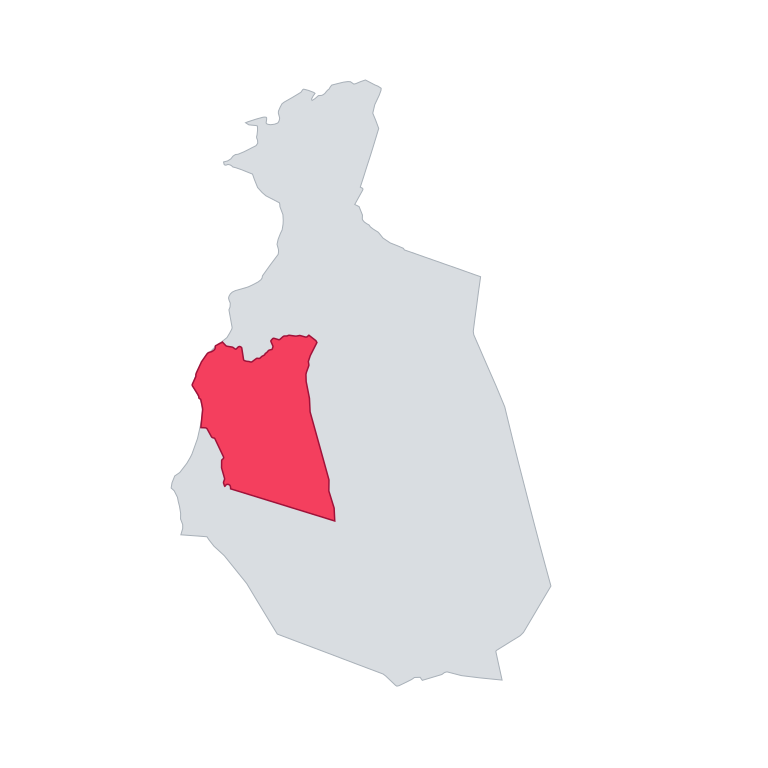 Zinder on a map of Niger (orthographic projection), rotated 108°
{"feature_id": "NER-92", "entity_name": "Zinder", "entity_type": "Department", "adm_level": 1, "iso_a3": "NER", "parent_name": "Niger", "parent_adm1": "", "projection": "orthographic", "projection_center": [9.186, 15.151], "detail": "fine", "context": "in_parent", "style": "filled", "palette": "rose", "viewbox_px": 768, "rotation_deg": 108, "n_neighbors": 0, "source": "natural_earth", "source_scale": "10m", "svg_char_len": 5645}
<svg xmlns="http://www.w3.org/2000/svg" viewBox="0 0 768 768"><g transform="rotate(108 384 384)"><path d="M590.2,530.6L583.6,530.8L579.9,532.0L575.2,535.8L569.9,537.4L563.5,540.7L559.4,543.3L555.6,545.4L550.4,550.5L548.7,554.3L543.4,555.1L536.1,554.6L531.3,550.9L520.4,547.0L513.4,545.5L510.1,545.0L493.5,544.5L475.8,546.2L466.8,548.1L465.1,548.5L460.0,550.9L455.8,553.6L444.3,565.9L429.0,565.5L420.1,564.1L412.5,562.2L401.7,556.5L388.4,547.7L383.3,546.5L378.8,545.7L377.2,545.9L361.4,554.4L358.3,554.2L354.6,555.2L352.1,557.3L350.3,558.4L348.4,558.5L345.9,558.0L343.5,556.7L341.1,554.2L334.6,544.5L333.3,542.8L330.6,539.9L325.9,535.3L322.8,533.2L320.9,532.7L318.6,533.0L306.0,529.0L293.4,524.7L290.6,525.2L288.6,526.0L284.2,528.9L279.0,529.4L272.5,529.0L268.9,528.5L263.1,529.4L259.2,530.5L254.1,532.5L247.5,537.8L245.6,538.5L244.0,539.4L241.5,554.5L239.6,559.0L236.2,564.9L229.5,570.5L225.0,573.9L224.7,578.6L224.2,586.2L224.1,591.5L224.3,594.9L223.5,596.5L223.2,598.0L223.4,600.3L224.4,601.4L225.0,602.8L224.6,603.9L222.4,605.2L220.2,601.7L217.2,599.2L213.9,598.0L211.7,596.2L210.6,593.8L206.4,588.9L196.7,579.2L195.7,579.0L194.0,578.5L191.2,579.6L189.4,581.1L188.2,581.6L186.4,581.7L181.6,582.7L177.8,584.1L177.7,585.4L179.3,592.6L178.3,596.4L176.7,594.5L171.4,587.2L167.8,581.7L167.2,580.5L166.7,578.7L167.1,577.9L168.6,577.4L172.1,576.8L172.7,576.2L172.9,574.8L172.5,572.1L170.7,568.3L168.7,565.8L167.6,565.3L165.6,565.1L163.3,565.4L159.0,568.2L157.1,568.7L152.8,568.3L149.0,567.6L146.7,566.0L139.9,559.8L132.3,553.2L129.1,552.2L128.4,551.5L128.1,546.7L128.4,540.9L128.9,539.4L132.0,540.4L135.4,541.0L136.6,540.0L133.9,537.8L130.0,535.5L128.7,532.3L127.6,531.2L125.9,530.0L123.9,529.3L121.9,528.4L120.5,527.4L118.2,526.9L115.9,526.1L112.6,520.9L109.4,515.7L107.5,511.7L106.9,509.3L108.1,505.4L107.1,503.7L103.5,499.5L100.6,495.6L101.6,489.7L102.4,484.9L102.6,481.8L103.1,480.0L103.6,478.1L105.7,477.6L111.0,477.8L121.2,479.1L129.5,478.4L130.0,478.3L136.0,473.2L142.6,468.0L152.3,467.8L162.8,467.6L171.1,467.5L183.1,467.5L192.8,467.4L204.1,467.4L204.5,464.8L205.2,464.2L206.3,464.2L214.5,465.8L222.3,467.3L223.0,462.5L230.0,456.7L233.9,455.6L234.9,454.6L236.1,452.6L237.0,449.5L237.4,447.3L238.8,445.5L240.0,442.1L241.5,436.2L245.5,430.1L247.9,421.7L248.4,413.5L249.0,407.4L250.2,406.1L250.4,395.1L250.7,384.1L250.9,374.7L251.2,363.1L251.4,352.9L251.7,341.8L252.0,331.9L252.1,325.3L259.9,323.9L267.9,322.5L279.7,320.3L292.5,318.0L306.3,315.4L309.5,313.8L320.1,304.4L324.9,300.2L334.4,291.8L341.7,285.3L350.9,277.1L360.7,268.7L368.4,262.1L380.6,254.6L398.9,243.3L417.1,231.9L435.2,220.4L453.2,209.0L471.2,197.5L489.1,186.0L506.9,174.4L524.6,162.8L542.7,166.9L559.9,170.7L577.2,174.6L581.3,176.7L590.7,184.7L602.7,194.8L603.2,194.9L603.8,195.0L614.8,188.6L629.1,180.2L633.8,201.7L637.4,220.2L638.1,232.0L638.3,235.1L639.6,237.2L642.4,239.2L654.0,256.0L651.8,259.0L653.7,264.3L656.6,266.5L666.2,276.4L667.4,278.4L667.0,280.0L661.1,292.3L660.1,295.3L659.4,310.6L658.9,321.5L658.2,336.4L657.3,354.3L656.6,369.4L655.7,389.3L654.8,408.2L645.7,418.8L629.5,437.6L616.2,452.9L609.6,463.0L596.6,482.9L590.8,495.6L586.3,502.3L584.0,505.2L586.2,514.4L590.2,530.6Z" fill="#d9dde1" stroke="#a8b0b8" stroke-width="1"/><path d="M482.1,544.7L464.3,548.6L462.7,549.3L455.8,553.2L455.1,553.8L455.0,554.2L454.8,555.1L454.7,555.5L454.4,555.8L454.2,555.9L453.7,556.0L453.0,556.4L451.7,557.6L445.4,565.1L445.2,565.4L444.8,565.8L444.4,566.0L444.1,566.2L443.3,566.2L435.5,565.3L434.9,565.3L432.9,565.9L431.5,565.9L420.8,564.6L419.5,564.5L409.9,561.6L408.5,560.8L407.9,560.0L406.8,558.3L406.1,557.5L404.5,556.3L403.6,555.8L402.6,555.6L402.2,555.6L401.3,555.7L400.9,555.9L400.5,556.1L400.3,556.2L400.2,556.2L399.8,556.0L399.5,555.9L395.9,552.5L395.0,551.4L394.5,550.9L394.0,550.7L396.4,546.3L396.6,545.7L396.6,545.1L395.8,539.8L395.8,539.2L396.7,536.3L396.7,535.7L396.3,535.4L395.7,535.0L394.5,534.5L393.9,534.1L393.4,533.7L393.0,533.1L392.9,532.7L392.9,532.3L392.9,531.8L393.0,531.6L393.2,531.1L393.3,530.9L393.4,530.7L393.5,530.6L393.7,530.4L404.2,525.1L404.6,524.8L404.8,524.2L404.9,523.6L404.9,522.3L404.7,521.0L404.5,520.2L404.4,519.8L404.3,519.3L404.3,518.1L404.3,517.5L404.1,516.9L403.5,516.3L399.0,513.1L398.8,512.7L398.7,512.5L398.4,511.1L398.3,510.8L398.2,510.5L398.0,510.2L397.6,509.9L397.2,509.6L395.7,508.9L393.7,507.0L393.2,506.6L392.7,506.4L392.0,506.4L391.8,506.4L391.6,506.3L390.4,505.3L389.7,505.0L389.3,504.8L387.8,504.2L387.5,503.9L387.0,503.3L385.8,501.3L385.6,501.2L385.3,501.1L383.3,501.1L382.6,501.2L382.1,501.5L378.7,504.5L378.1,504.9L377.7,504.9L377.1,504.7L375.3,503.9L374.8,503.5L374.6,503.0L374.5,502.5L374.4,497.8L374.2,497.3L373.9,496.9L373.4,496.6L370.3,494.8L369.7,494.3L369.2,493.8L368.4,491.4L368.1,490.8L367.4,490.1L367.1,489.6L366.9,489.1L365.8,482.9L365.3,481.7L363.9,479.2L363.8,478.4L363.6,473.1L363.1,471.9L360.8,470.5L363.8,462.2L365.3,460.6L379.8,462.9L386.0,462.9L388.9,461.4L389.6,461.2L390.3,461.2L396.9,461.4L399.0,461.2L405.7,458.8L420.6,450.5L433.3,445.7L492.2,406.7L502.8,403.4L517.4,393.1L529.5,388.5L531.1,497.5L530.4,497.7L529.3,498.2L528.4,498.8L528.0,499.2L527.8,499.6L527.7,500.1L527.6,501.0L527.7,501.5L527.9,502.1L528.1,502.5L528.4,502.8L528.8,503.1L530.3,503.6L530.5,503.8L530.2,504.2L527.8,506.0L527.3,506.2L526.8,506.3L523.8,506.2L523.5,506.3L523.0,506.5L513.9,512.6L507.2,514.7L506.8,514.8L506.5,514.8L506.0,514.6L504.6,513.8L504.0,513.7L503.6,513.7L502.8,514.2L488.1,528.1L487.9,528.4L487.9,528.8L488.0,529.5L488.0,530.5L487.9,531.0L487.8,531.3L487.7,531.5L487.4,531.9L481.1,538.6L480.9,539.5L480.8,540.1L482.0,544.4L482.1,544.6L482.1,544.7Z" fill="#f43f5e" stroke="#9f1239" stroke-width="1.5"/></g></svg>